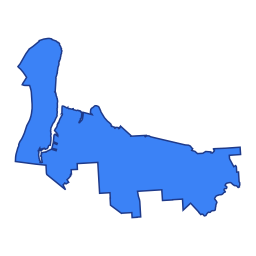 Port Adelaide Enfield, South Australia, Australia (Mercator projection)
{"feature_id": "25037944B47979939025085", "entity_name": "Port Adelaide Enfield", "entity_type": "district", "adm_level": 2, "iso_a3": "AUS", "parent_name": "Australia", "parent_adm1": "South Australia", "projection": "mercator", "projection_center": [138.548, -34.826], "detail": "fine", "context": "isolated", "style": "filled", "palette": "blue", "viewbox_px": 256, "rotation_deg": 0, "n_neighbors": 0, "source": "geoboundaries", "source_scale": "gbopen_adm2", "svg_char_len": 5603}
<svg xmlns="http://www.w3.org/2000/svg" viewBox="0 0 256 256"><path d="M239.4,186.9L239.3,186.0L239.8,185.0L239.7,182.6L239.1,181.8L238.5,172.0L236.7,172.1L236.4,167.2L236.3,166.6L235.6,165.6L233.8,166.7L229.7,159.1L229.5,158.4L229.3,155.3L240.6,154.5L240.1,147.2L225.9,148.2L214.2,148.7L214.3,149.0L213.5,149.0L213.6,149.6L214.4,150.7L214.0,151.4L212.4,153.0L210.9,152.8L210.9,151.9L205.7,151.5L202.8,153.3L197.5,153.6L195.0,151.4L191.7,150.4L192.7,148.7L191.7,147.8L190.4,146.1L188.6,145.2L185.1,144.9L156.5,138.2L150.7,136.8L149.0,135.9L146.9,135.8L146.2,136.1L144.7,137.1L145.8,135.4L131.0,136.2L131.2,135.8L120.6,126.2L120.5,126.7L119.9,127.8L119.7,127.9L119.6,127.7L119.3,128.4L119.0,128.3L119.1,128.1L118.6,128.4L118.5,127.8L118.0,127.5L116.1,127.4L115.3,127.6L115.0,128.3L114.9,128.3L114.9,127.6L114.6,127.2L113.7,127.1L112.1,126.2L111.5,126.4L111.1,125.6L111.2,125.0L110.8,124.1L109.0,122.4L107.5,121.2L104.5,117.8L100.8,111.7L100.7,111.0L98.9,107.0L98.2,106.4L96.7,105.8L95.5,105.7L94.7,105.9L92.8,107.6L92.1,107.9L90.8,109.3L90.7,110.0L90.4,112.6L91.2,113.7L92.1,114.3L92.3,114.7L82.6,112.2L83.0,112.5L83.2,113.3L83.1,115.1L82.5,118.9L81.9,120.1L81.1,121.0L80.2,121.6L79.8,122.5L79.4,122.7L79.0,122.6L79.2,121.9L79.5,121.2L80.5,119.8L80.3,118.9L81.3,118.0L81.9,113.4L81.8,113.1L81.5,112.6L81.9,112.2L80.4,111.5L80.4,111.0L79.1,110.6L78.7,110.7L78.4,110.4L77.6,110.2L77.0,110.5L76.4,110.5L73.5,109.7L73.2,109.4L73.2,108.7L72.6,108.8L72.4,109.3L69.3,108.6L68.8,108.7L68.6,108.4L67.7,108.0L67.7,107.5L67.3,107.9L66.8,107.9L64.1,106.4L62.8,106.0L62.2,106.2L62.0,107.8L61.9,113.1L61.6,113.5L62.0,113.4L62.5,114.1L61.8,115.7L61.4,115.9L61.0,117.1L60.0,118.8L59.1,121.1L58.6,122.6L58.4,123.1L58.1,122.9L57.2,124.8L57.3,125.2L56.8,126.8L56.0,128.1L55.8,128.3L55.6,128.8L55.3,128.9L54.6,130.5L54.8,130.6L55.1,131.3L56.4,132.5L56.6,132.7L56.4,133.0L57.5,134.1L57.4,134.3L57.6,134.6L57.5,134.9L57.9,135.4L57.8,136.2L57.1,135.6L56.4,135.4L56.4,135.0L55.0,134.2L54.0,135.1L53.4,141.6L57.3,143.4L56.8,144.5L53.2,142.9L51.9,148.3L52.8,148.6L53.0,148.5L56.5,149.4L56.1,150.7L51.3,149.2L46.1,151.8L46.1,152.0L45.6,152.1L45.6,151.9L41.5,152.8L41.5,154.1L41.2,154.1L41.2,154.3L41.2,155.3L40.7,155.8L40.8,156.1L41.3,156.0L41.6,157.5L41.4,158.2L42.3,162.4L41.1,162.7L40.9,162.4L40.1,162.4L40.4,161.6L39.6,160.6L39.9,160.4L39.1,158.6L38.9,156.6L38.7,156.3L38.6,154.4L38.9,152.3L38.5,151.9L38.3,150.4L38.8,150.1L39.0,150.3L39.1,150.9L39.6,150.7L39.3,148.8L39.8,148.0L40.2,150.5L40.3,150.5L40.2,149.7L40.5,149.6L40.7,150.4L40.8,150.4L40.7,149.6L40.9,149.5L40.9,149.2L41.1,149.1L41.3,150.4L41.4,150.2L41.2,149.2L41.6,149.2L41.6,149.5L41.7,149.2L41.8,149.2L41.9,149.9L42.9,149.4L42.9,148.6L43.1,148.6L43.7,148.6L44.0,148.3L44.6,148.3L44.8,148.9L45.1,149.3L45.4,149.3L45.4,149.0L47.3,148.6L47.5,148.2L47.9,147.7L48.6,145.8L49.2,145.3L50.3,145.2L50.9,140.4L51.0,137.0L50.8,136.8L50.7,136.5L50.7,135.2L51.0,134.8L51.1,133.7L50.9,133.5L50.7,132.7L50.8,131.3L50.5,131.0L50.8,129.5L50.9,128.0L53.1,123.1L53.7,122.6L54.6,121.1L55.8,118.3L56.9,116.3L57.1,115.2L56.9,114.7L57.2,112.9L57.3,111.6L57.0,110.6L57.2,109.9L57.0,108.7L57.2,108.2L57.4,107.9L57.4,105.2L57.3,103.3L57.6,101.8L57.6,101.0L57.2,98.5L56.9,98.1L56.8,97.0L56.3,96.1L55.6,93.0L54.7,91.9L54.5,91.2L54.7,91.7L55.5,92.4L55.2,91.4L56.0,78.3L55.9,78.2L55.8,77.7L56.8,74.8L56.9,73.9L57.2,73.5L57.1,73.0L57.4,72.3L57.3,71.3L57.6,70.3L57.7,69.0L58.0,67.1L58.6,65.6L59.0,63.9L58.8,62.9L59.1,61.4L59.2,61.0L59.4,61.1L60.4,58.4L60.4,57.5L60.9,55.8L60.8,54.8L61.4,53.7L61.5,53.3L61.5,52.2L61.9,51.0L61.8,50.5L61.4,50.1L61.4,49.3L61.2,49.1L61.2,48.7L61.4,48.5L61.0,48.0L60.9,47.2L60.1,45.7L59.5,44.9L59.5,43.5L59.1,43.1L58.0,42.3L57.8,42.4L57.7,42.1L57.0,41.9L56.3,41.1L51.9,39.5L51.7,38.9L49.1,38.4L47.5,38.5L43.7,39.1L39.2,40.6L39.3,41.2L33.0,46.4L29.1,49.1L29.1,49.5L28.7,49.8L25.9,53.7L20.0,64.0L17.9,66.6L18.0,66.8L18.3,66.9L18.8,67.6L20.6,69.2L23.2,72.3L26.6,77.3L26.5,77.6L23.0,83.1L22.2,84.7L24.2,85.4L29.6,85.5L30.0,86.6L30.9,89.8L31.3,92.0L32.1,104.3L32.1,108.5L31.5,113.4L31.0,115.9L30.0,119.2L29.2,121.1L26.8,125.6L24.4,133.0L22.8,136.7L21.6,139.1L19.9,141.6L18.7,144.5L18.8,145.1L18.5,146.5L17.8,147.9L17.2,150.1L16.0,154.4L15.6,157.0L15.4,161.5L35.4,164.1L46.0,165.2L46.4,172.9L46.6,174.0L46.9,174.6L65.5,189.7L63.1,184.9L63.4,184.7L64.8,183.0L66.0,183.9L68.7,182.3L67.0,179.7L68.6,178.3L70.7,175.8L70.4,175.5L70.7,175.1L70.6,174.9L70.9,174.5L70.6,174.3L71.2,173.5L71.4,173.6L71.2,169.7L77.4,169.4L77.2,163.6L97.8,162.4L99.6,193.3L110.0,192.7L110.3,198.1L110.1,198.1L110.5,205.2L121.4,213.3L121.5,213.2L131.8,212.6L132.1,217.6L137.1,217.3L137.1,217.1L140.7,216.9L139.8,201.7L139.5,199.8L138.4,196.4L137.5,191.3L161.8,189.8L162.5,200.5L172.6,199.9L172.6,199.7L182.5,199.1L183.1,210.2L190.6,203.2L199.0,212.3L198.9,212.5L200.8,214.6L201.8,214.1L202.5,214.2L203.0,214.4L204.1,215.7L204.4,215.9L205.8,215.5L206.1,215.2L206.8,213.8L208.2,212.4L208.5,212.2L209.6,212.4L210.2,212.3L211.4,211.0L212.5,210.7L214.1,210.6L215.1,210.1L215.3,209.5L215.5,207.4L215.8,206.3L215.9,205.0L216.5,203.2L216.9,202.7L216.7,201.8L216.1,200.8L215.5,200.2L215.4,199.8L214.7,199.1L214.6,198.5L215.2,197.4L216.0,196.2L216.8,195.7L219.3,194.8L221.0,194.7L222.0,194.4L222.9,193.7L223.9,192.5L225.1,192.1L225.3,191.7L224.1,190.2L224.0,189.8L224.1,189.4L224.3,189.0L224.8,188.7L226.4,188.5L226.8,187.7L226.8,187.1L226.7,186.7L226.0,186.1L225.5,185.9L225.1,185.2L225.9,183.8L226.6,183.3L227.8,182.9L230.2,182.5L231.5,183.1L232.5,184.2L234.2,185.4L235.0,185.7L236.0,185.6L236.7,186.0L237.2,186.4L238.0,187.4L238.3,187.5L239.4,186.9Z" fill="#3b82f6" stroke="#1e3a8a" stroke-width="1.5"/></svg>